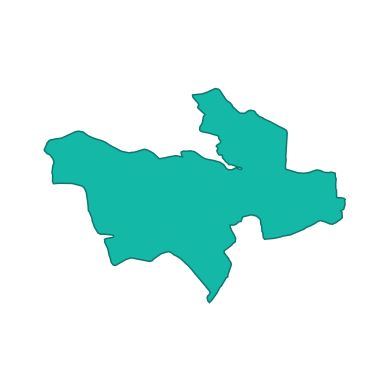 Barberena, Santa Rosa, Guatemala, rotated 100°
{"feature_id": "79465075B64045433059615", "entity_name": "Barberena", "entity_type": "district", "adm_level": 2, "iso_a3": "GTM", "parent_name": "Guatemala", "parent_adm1": "Santa Rosa", "projection": "equal_earth", "projection_center": [-90.427, 14.303], "detail": "fine", "context": "isolated", "style": "filled", "palette": "teal", "viewbox_px": 384, "rotation_deg": 100, "n_neighbors": 0, "source": "geoboundaries", "source_scale": "gbopen_adm2", "svg_char_len": 4503}
<svg xmlns="http://www.w3.org/2000/svg" viewBox="0 0 384 384"><g transform="rotate(100 192 192)"><path d="M269.4,142.0L267.4,142.3L256.7,140.6L254.5,141.6L252.0,144.2L251.4,144.2L246.5,149.6L244.5,150.2L237.3,143.6L236.1,143.1L233.5,140.7L230.0,141.0L226.6,143.3L223.4,146.1L219.5,148.4L217.9,148.6L217.2,144.8L215.7,142.6L214.5,141.8L213.8,141.2L213.1,140.7L212.6,138.6L207.7,137.8L206.7,135.4L204.2,129.8L204.5,124.5L206.4,120.9L207.6,119.8L212.4,118.4L213.0,117.6L218.5,116.3L219.4,115.4L224.5,113.8L225.9,112.4L223.5,103.5L221.3,97.8L219.1,93.8L219.1,93.0L218.0,90.1L217.2,87.8L215.1,84.5L210.9,78.1L209.2,75.3L207.2,73.5L204.7,69.5L201.3,65.1L200.4,64.4L199.6,63.5L197.8,60.7L198.4,55.4L199.5,50.6L199.3,48.0L197.2,44.9L194.9,42.8L193.8,41.5L191.2,39.6L186.1,40.7L184.7,42.2L182.6,39.6L177.6,39.1L174.2,40.1L172.8,39.8L172.0,40.9L171.8,42.4L171.7,45.1L172.2,45.6L172.2,48.6L164.9,50.1L164.2,50.8L159.6,51.8L153.8,52.4L153.1,53.1L148.5,54.4L148.3,58.6L149.2,60.9L149.7,65.4L148.6,68.9L148.6,73.1L152.7,80.5L154.2,85.2L154.7,91.1L153.2,103.7L150.1,104.5L143.8,104.9L141.5,105.7L117.3,108.5L115.1,109.6L113.9,112.1L112.4,117.5L109.2,127.0L107.8,132.9L106.6,135.4L106.0,138.7L105.5,140.0L104.9,140.3L104.1,142.0L102.2,143.7L101.4,145.2L101.3,148.3L102.0,150.2L103.8,152.3L105.3,153.7L106.0,158.2L105.4,159.6L104.1,161.9L101.0,166.7L99.2,167.9L97.5,170.1L95.7,174.0L94.0,175.7L86.9,182.4L86.2,183.6L86.1,187.1L90.7,193.8L93.6,198.9L96.3,208.3L97.3,208.1L98.3,207.6L98.8,207.2L99.5,206.4L101.0,204.6L101.7,203.7L102.5,202.7L103.0,202.0L103.6,201.3L104.1,201.0L105.0,200.4L105.6,200.4L106.1,200.6L106.6,201.0L107.4,201.2L108.2,200.8L108.8,199.9L111.0,196.5L111.5,195.7L112.2,194.6L113.1,193.0L113.9,192.8L114.5,193.1L115.2,193.6L115.9,193.8L116.5,193.9L118.1,193.8L120.6,193.8L121.4,193.8L122.3,193.9L123.1,194.1L124.5,194.7L125.1,195.0L126.2,195.4L126.9,195.5L127.7,195.5L128.6,195.4L129.3,195.3L129.8,195.0L130.3,194.3L130.6,193.6L130.8,192.7L130.9,191.5L131.0,186.9L131.1,185.1L131.3,183.2L131.7,180.9L131.8,179.1L131.9,177.0L132.3,176.0L132.7,175.6L133.3,175.3L134.2,175.1L134.7,174.9L135.4,174.3L136.0,173.6L136.6,172.9L137.3,172.6L138.4,172.6L139.2,173.1L139.7,173.6L140.3,174.1L141.3,175.4L142.0,175.9L142.9,176.0L143.4,175.1L143.9,174.4L144.7,174.1L145.6,174.2L146.2,174.6L146.8,174.7L147.7,174.4L148.3,174.0L149.2,173.3L149.6,172.9L150.1,172.5L150.7,171.8L150.8,170.9L150.4,169.7L150.6,168.6L151.2,168.3L151.8,168.3L153.0,167.9L153.6,167.3L154.4,166.1L155.0,165.4L155.5,164.9L156.2,164.2L156.7,163.3L157.0,162.6L157.4,161.6L158.2,161.1L158.7,160.4L158.6,159.5L158.2,158.3L158.2,157.6L158.4,156.6L158.6,155.3L158.9,153.8L159.2,152.7L159.4,151.6L159.4,149.9L159.5,148.5L159.6,147.6L160.0,147.0L161.2,147.4L161.4,149.6L160.7,150.8L160.6,153.1L163.3,156.7L163.7,160.5L162.7,162.4L161.1,164.0L159.5,165.5L158.6,168.0L157.9,169.2L157.2,176.0L157.1,184.4L155.9,188.2L152.6,194.7L151.9,196.7L151.7,200.7L152.5,203.6L152.9,205.0L153.2,207.6L154.5,209.5L156.0,209.4L159.1,207.6L159.0,214.0L160.5,218.3L161.2,220.2L162.0,222.3L163.3,225.1L163.7,226.5L164.8,229.6L164.7,230.6L163.9,231.5L160.3,237.2L158.5,242.7L158.2,245.5L158.3,246.6L162.9,255.8L163.7,259.2L164.4,260.3L164.2,268.3L160.4,280.6L158.1,285.7L157.2,289.3L156.3,297.3L154.8,303.5L153.7,306.2L152.0,309.1L151.7,314.0L152.9,317.3L161.6,329.8L163.3,335.1L163.7,336.3L164.8,338.8L165.1,340.0L166.6,342.0L167.6,342.3L168.2,343.0L174.2,344.3L176.1,344.9L177.2,344.2L178.6,342.2L179.3,341.5L180.1,338.3L183.3,334.8L185.4,333.7L187.1,333.0L190.9,333.6L197.6,333.2L199.1,332.2L205.8,331.2L207.9,329.9L206.4,324.1L204.4,311.5L205.2,301.3L206.9,298.7L208.3,297.6L211.1,295.9L219.3,293.2L222.8,292.1L228.4,290.8L229.8,289.3L235.1,286.0L237.4,285.4L243.7,281.8L248.7,277.4L249.4,275.1L248.7,270.2L248.2,263.6L248.3,262.4L248.6,261.7L249.4,261.3L249.9,261.6L250.5,262.3L252.0,266.2L252.7,268.4L253.1,269.0L253.9,269.9L257.0,269.0L262.1,265.3L263.3,264.7L269.0,262.5L271.8,260.8L275.4,259.3L276.3,258.3L277.3,257.2L277.7,256.3L277.6,254.5L271.4,247.1L270.0,245.4L267.4,240.5L267.7,221.7L266.7,219.5L264.2,217.7L258.3,211.8L257.4,210.3L254.7,204.8L255.3,201.8L257.1,198.6L257.3,197.5L258.4,194.3L259.9,191.1L261.7,188.2L262.4,187.4L264.5,184.1L264.8,183.5L268.4,178.8L272.5,174.2L273.1,173.3L275.2,170.8L281.8,163.0L282.1,162.0L283.1,161.6L286.3,157.7L287.5,156.8L289.2,156.7L291.9,158.6L293.7,158.7L296.4,157.5L297.9,155.7L295.5,153.9L287.0,149.8L280.8,147.9L279.6,146.8L270.7,143.5L269.4,142.0Z" fill="#14b8a6" stroke="#0f766e" stroke-width="1.5"/></g></svg>